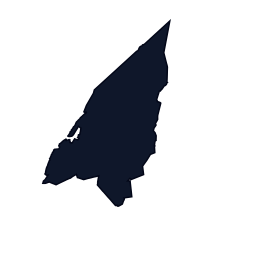 Kubulu pag., Balvu, Latvia, rotated 140°
{"feature_id": "27541924B35853557519757", "entity_name": "Kubulu pag.", "entity_type": "district", "adm_level": 2, "iso_a3": "LVA", "parent_name": "Latvia", "parent_adm1": "Balvu", "projection": "robinson", "projection_center": [27.241, 57.178], "detail": "fine", "context": "isolated", "style": "filled", "palette": "ink", "viewbox_px": 256, "rotation_deg": 140, "n_neighbors": 0, "source": "geoboundaries", "source_scale": "gbopen_adm2", "svg_char_len": 5234}
<svg xmlns="http://www.w3.org/2000/svg" viewBox="0 0 256 256"><g transform="rotate(140 128 128)"><path d="M27.2,183.1L61.9,181.6L62.2,181.8L62.9,181.9L63.1,182.2L63.5,182.3L63.9,182.2L64.7,181.9L65.8,182.4L66.4,182.3L67.0,182.5L67.2,182.4L68.2,182.0L70.5,180.8L72.1,181.2L129.3,178.8L132.0,176.9L132.4,176.7L145.3,172.0L151.4,168.7L151.0,167.5L149.7,167.3L149.7,166.9L149.8,166.7L150.1,166.5L150.6,166.6L151.2,166.5L151.4,166.5L151.7,166.6L152.2,166.7L153.4,166.6L154.5,166.6L154.8,166.6L155.2,166.4L155.5,166.4L155.9,166.5L156.6,166.5L157.3,166.4L157.5,166.4L157.8,166.5L159.0,166.0L159.3,165.9L159.5,166.0L159.8,166.0L160.3,165.9L160.6,166.0L161.3,165.9L161.6,165.8L162.3,165.8L162.8,165.7L163.7,165.7L164.8,165.2L166.1,164.5L166.9,164.1L167.6,163.9L167.9,163.8L168.8,163.9L169.0,163.9L169.7,163.6L169.8,163.5L171.2,163.1L171.6,162.9L171.8,162.9L172.4,162.9L172.5,162.9L172.6,162.7L172.9,162.5L172.9,162.4L173.0,162.4L173.5,162.3L173.7,162.2L173.9,162.1L174.1,162.0L174.3,161.9L174.5,162.0L174.5,161.9L175.0,161.8L175.3,161.8L175.4,161.7L175.8,161.5L175.9,161.4L176.4,161.3L176.5,161.2L177.4,160.9L178.0,160.8L178.2,160.7L179.0,160.6L179.3,160.5L179.3,160.4L179.2,160.2L179.0,160.3L178.9,160.3L178.9,160.2L179.0,160.1L178.9,159.8L178.9,159.7L178.5,159.2L177.6,158.6L177.1,158.3L176.2,157.8L175.8,157.8L175.6,157.8L175.0,157.8L174.8,157.9L174.7,157.9L174.6,158.0L174.4,158.0L173.8,158.1L173.7,158.2L173.3,158.2L173.1,158.3L172.7,158.4L172.5,158.6L172.1,158.7L171.7,158.8L171.4,158.9L171.0,159.0L170.2,159.3L169.6,159.5L169.0,159.7L167.7,160.1L164.8,161.1L164.3,158.6L164.1,158.2L166.5,156.1L167.2,155.5L167.9,155.1L168.0,154.9L169.1,154.1L169.3,154.0L170.3,154.6L171.9,153.3L172.1,153.3L172.7,153.1L172.2,151.5L174.0,151.2L174.8,152.1L175.4,153.1L175.8,154.0L177.7,153.4L178.4,153.1L180.3,152.5L180.6,152.7L180.7,152.8L180.9,152.7L181.0,152.8L180.9,153.0L181.2,153.4L181.2,153.7L181.4,153.8L181.3,154.1L181.5,154.2L181.4,154.3L181.5,154.5L181.6,154.8L181.5,155.0L180.9,155.3L180.7,155.8L180.3,156.2L180.5,156.3L180.4,156.4L180.5,156.5L180.5,156.9L180.7,157.0L183.4,158.1L183.3,158.4L182.7,158.8L182.7,159.2L182.9,159.1L183.0,159.2L183.3,159.3L183.6,159.4L183.7,159.5L184.1,159.5L184.4,159.7L186.6,159.8L187.8,159.7L188.8,159.7L189.3,159.6L190.5,159.8L190.9,159.8L191.4,159.3L191.8,159.1L192.2,159.0L192.5,158.8L192.5,158.7L192.5,158.4L192.6,158.0L192.6,157.8L192.6,157.5L192.6,157.4L192.8,157.2L193.6,156.8L194.1,156.5L194.5,156.5L194.9,156.7L196.2,157.7L196.5,157.8L197.0,158.2L197.2,158.3L197.6,158.7L197.8,158.8L198.2,158.9L199.2,158.8L199.6,158.3L199.9,158.1L200.2,158.0L200.9,157.9L201.2,157.7L201.5,157.6L201.9,157.6L202.2,157.5L202.7,157.1L203.2,156.8L203.9,156.7L204.3,156.6L204.7,156.1L204.8,156.0L205.6,155.7L205.8,155.6L206.4,155.4L206.7,155.1L207.1,154.9L207.4,154.9L207.8,154.8L207.8,154.5L207.9,154.4L208.1,153.8L208.2,153.7L208.4,153.6L209.1,153.5L209.4,153.5L209.6,153.3L210.2,153.0L210.9,152.6L211.6,152.3L212.4,151.8L212.9,151.5L213.8,150.8L214.2,150.6L214.7,150.6L215.2,150.1L215.8,149.9L216.3,149.7L216.5,149.5L216.8,149.3L217.0,149.1L217.4,148.9L218.1,148.2L218.6,148.0L218.8,147.8L219.3,147.3L219.5,147.2L219.9,146.6L220.1,146.5L220.6,146.4L220.8,146.4L220.9,146.1L221.0,146.0L221.2,145.9L221.2,145.6L221.1,145.4L220.9,145.2L220.9,144.7L220.9,144.4L220.6,144.2L220.0,143.9L219.5,143.6L219.3,143.4L224.4,141.8L224.9,141.7L225.5,141.7L225.9,141.7L226.9,141.7L228.3,140.7L228.8,140.4L227.8,139.5L226.9,138.8L226.0,138.4L225.3,138.1L225.2,138.1L224.1,137.7L223.7,137.5L223.0,137.3L222.9,137.2L222.7,136.6L221.7,134.7L221.1,133.6L220.2,132.0L219.6,130.8L215.5,129.8L212.4,129.0L209.4,128.2L208.8,128.1L205.4,127.1L204.5,126.7L203.9,126.6L201.6,126.5L197.3,125.7L198.6,122.5L198.1,121.9L195.2,117.1L195.0,116.9L194.5,116.7L191.2,115.2L188.5,113.8L186.1,112.7L183.9,111.5L183.3,111.2L181.1,110.2L185.6,106.4L185.4,106.3L185.8,105.9L187.2,104.7L187.8,104.2L188.0,104.1L188.0,102.8L187.9,95.5L187.8,95.3L187.7,89.4L187.7,88.2L187.5,84.4L187.5,82.2L187.5,81.8L187.4,76.7L186.8,76.5L185.8,75.6L185.7,75.5L186.3,75.0L186.2,74.9L185.4,74.2L181.4,73.4L181.2,73.4L178.5,75.0L177.2,75.5L176.0,76.4L175.9,76.6L175.9,76.9L174.6,76.2L169.3,72.9L161.2,85.0L160.5,86.0L161.2,86.4L161.2,87.1L162.1,87.7L158.9,88.2L158.8,87.8L158.9,86.6L146.0,82.3L141.4,89.4L137.6,90.4L134.4,91.2L127.8,93.4L123.3,91.9L119.6,96.9L119.4,96.8L119.1,96.9L119.2,97.1L119.3,97.2L119.3,97.3L119.0,97.3L118.9,97.4L118.9,97.5L119.0,97.6L116.0,100.4L115.9,100.5L114.7,100.5L114.4,100.5L114.1,101.0L111.4,104.0L110.3,107.2L110.4,108.7L110.4,109.2L110.4,109.3L110.0,109.8L109.4,110.3L108.3,111.1L107.9,111.3L104.9,112.1L104.6,112.3L104.3,113.5L103.9,113.9L102.9,114.3L101.5,114.8L99.8,115.5L99.7,115.6L98.1,117.6L97.0,118.7L87.2,125.8L86.9,126.1L86.9,126.3L87.1,127.0L87.8,128.3L88.2,128.9L88.6,129.2L88.6,129.3L88.4,129.4L88.2,129.8L87.8,131.2L87.6,131.5L80.1,136.3L79.9,136.2L79.4,135.6L79.2,135.8L78.6,135.8L78.3,135.8L78.1,136.0L77.7,135.9L77.5,136.0L77.4,136.1L77.2,136.1L76.8,136.0L76.7,136.2L76.5,136.3L76.2,136.1L75.8,136.3L73.0,137.0L72.1,136.6L71.0,136.7L70.5,136.8L70.1,137.0L69.5,137.5L68.5,137.6L68.6,138.0L68.6,138.3L66.8,140.2L58.7,149.3L57.7,151.2L57.0,152.8L52.2,162.7L27.2,183.1Z" fill="#0f172a" stroke="#020617" stroke-width="1.5"/></g></svg>